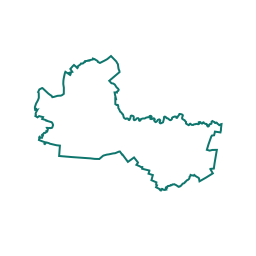 the district of Catalina, Covasna, Romania, rotated 241°
{"feature_id": "2599482B45349138492818", "entity_name": "Catalina", "entity_type": "district", "adm_level": 2, "iso_a3": "ROU", "parent_name": "Romania", "parent_adm1": "Covasna", "projection": "albers", "projection_center": [26.117, 45.937], "detail": "fine", "context": "isolated", "style": "outline", "palette": "teal", "viewbox_px": 256, "rotation_deg": 241, "n_neighbors": 0, "source": "geoboundaries", "source_scale": "gbopen_adm2", "svg_char_len": 5816}
<svg xmlns="http://www.w3.org/2000/svg" viewBox="0 0 256 256"><g transform="rotate(241 128 128)"><path d="M199.2,148.0L198.3,143.3L198.3,140.3L198.5,135.0L199.3,134.5L200.2,133.8L200.5,133.7L201.0,133.9L202.1,133.5L203.8,132.4L204.3,132.3L205.7,131.0L205.0,130.5L206.2,126.5L205.8,126.5L207.3,122.9L206.6,122.4L206.8,121.0L206.5,120.7L206.3,120.4L206.4,119.6L207.2,118.1L206.9,117.6L206.7,117.4L206.2,113.5L205.2,113.4L205.0,112.7L206.0,112.5L209.3,111.3L208.9,109.7L207.6,106.2L204.1,106.5L204.7,103.7L203.4,104.3L202.5,103.4L202.4,103.1L204.9,101.9L207.5,100.5L206.6,99.4L204.7,97.7L202.5,95.8L200.5,94.3L197.8,92.7L194.3,91.4L189.0,88.4L188.7,86.2L188.9,84.9L189.9,82.9L190.4,81.7L190.5,81.1L191.2,77.9L191.7,77.2L191.7,76.8L193.3,76.7L195.0,75.8L196.8,75.0L204.2,72.6L204.2,72.4L204.6,72.1L204.7,69.2L203.0,66.8L202.5,67.0L201.5,66.7L198.1,64.9L197.5,64.5L196.2,63.0L195.1,61.4L194.3,60.0L193.7,59.2L191.4,56.7L190.1,56.0L188.8,55.6L188.7,56.1L189.1,56.9L189.1,57.1L188.4,57.1L187.8,56.6L187.5,56.8L187.5,57.1L186.3,55.2L185.9,54.7L185.0,53.9L184.0,53.8L183.4,52.8L181.2,54.0L181.5,56.0L178.7,59.0L177.5,57.3L175.4,59.4L173.8,60.6L173.7,60.4L170.1,64.0L168.8,64.2L166.9,63.9L165.5,62.4L165.1,61.8L165.1,61.3L165.6,59.9L166.3,59.1L166.4,58.8L166.3,58.3L166.4,58.0L167.2,57.6L167.4,57.2L166.2,57.2L165.6,57.1L165.3,56.9L164.2,55.7L164.8,55.1L164.1,54.6L164.0,53.8L163.8,53.5L163.8,53.4L164.1,53.1L164.4,52.2L164.0,51.5L163.7,49.5L163.6,49.3L162.7,49.9L161.2,48.0L161.7,47.7L161.7,47.0L163.2,46.4L162.9,45.8L161.8,45.3L160.7,44.3L158.0,46.5L155.3,48.9L154.7,47.3L154.3,47.5L154.7,48.7L155.1,49.4L153.2,51.4L152.2,52.0L149.3,55.2L147.5,57.2L145.6,59.9L136.9,54.2L129.6,65.1L119.6,80.5L117.2,83.8L114.8,87.9L115.7,92.2L115.8,93.1L115.0,96.5L114.2,98.6L113.0,102.6L112.2,104.5L111.7,108.8L111.4,109.5L107.4,110.0L107.4,110.3L98.4,111.5L99.3,119.0L93.0,120.0L92.8,119.8L91.7,117.5L88.8,119.7L87.0,120.8L86.9,121.2L87.0,121.5L86.9,121.6L85.5,120.6L80.4,126.1L80.2,126.0L78.1,123.8L74.8,126.9L71.0,123.2L66.7,126.5L65.1,125.3L64.5,125.1L63.8,125.6L62.6,123.8L58.9,126.3L58.8,125.9L57.8,126.1L57.4,126.5L57.7,126.9L58.1,127.4L58.1,127.5L57.8,127.7L57.7,127.9L58.2,128.3L58.0,128.6L57.1,128.9L56.3,129.6L56.2,130.2L55.9,130.4L56.0,131.0L55.6,131.7L56.4,132.0L56.5,131.6L56.9,131.7L57.6,132.3L57.7,132.6L57.6,132.9L57.3,132.9L57.2,133.2L57.0,133.4L57.7,133.8L57.7,134.1L57.9,134.5L57.8,135.0L57.5,135.5L57.5,135.8L57.4,135.9L57.3,136.4L57.1,136.8L57.4,137.6L57.0,138.0L56.8,138.4L57.1,139.5L56.7,140.2L56.4,141.2L56.2,141.4L55.7,141.6L55.2,142.1L52.8,143.4L52.1,143.6L52.0,143.9L52.1,144.2L52.1,144.5L51.7,144.8L51.8,146.2L52.8,148.9L52.5,150.3L52.7,151.1L53.0,151.5L53.0,152.2L53.2,152.4L53.5,153.6L53.7,154.2L53.6,155.4L53.8,156.5L54.1,157.0L54.4,157.4L55.0,158.0L55.4,158.1L56.0,159.4L56.6,160.0L55.7,160.7L55.2,161.6L54.6,162.2L54.7,162.3L54.6,162.7L54.8,163.2L53.0,163.9L50.1,165.6L49.2,165.6L48.0,165.1L46.7,164.7L46.8,172.1L47.2,180.2L52.2,180.1L52.3,180.2L50.9,183.4L55.3,186.7L65.8,195.1L67.9,191.2L68.6,188.5L70.7,186.4L74.7,190.5L80.1,196.6L80.7,197.7L79.9,199.8L82.7,202.3L79.3,206.7L81.0,208.2L82.5,209.1L86.1,211.7L86.3,211.0L86.1,209.9L86.1,209.4L86.2,209.2L87.3,208.9L88.4,208.3L89.2,208.3L89.7,208.1L90.0,207.8L90.0,206.8L90.3,206.5L91.4,206.4L92.2,205.7L93.1,205.3L93.1,204.7L93.0,204.2L91.4,203.1L91.3,202.2L91.7,201.4L91.6,201.1L91.4,200.5L90.6,199.8L90.4,199.2L90.5,198.7L90.8,198.5L91.6,198.4L92.0,198.4L92.5,198.8L93.5,198.6L93.7,198.0L94.5,197.4L95.6,196.8L96.3,196.8L96.4,196.1L96.1,195.8L95.9,195.3L95.9,195.0L96.0,194.8L96.8,194.2L97.9,194.2L98.2,194.0L98.7,193.0L98.7,192.6L97.4,192.3L97.1,191.9L97.1,191.7L97.4,191.1L98.6,189.6L98.7,188.6L99.2,187.7L99.1,186.8L99.1,186.4L100.0,185.1L101.5,184.6L101.6,184.4L101.6,184.0L101.1,183.0L101.1,182.4L103.5,181.0L104.1,181.0L105.2,181.7L106.5,181.3L107.3,181.3L108.7,180.4L109.9,179.9L110.6,180.2L111.0,180.5L112.3,182.0L113.1,182.1L114.0,181.5L114.6,180.7L115.1,180.3L115.3,179.8L115.2,179.5L114.5,178.7L114.3,178.2L114.1,177.5L113.2,176.2L113.1,175.7L113.4,175.3L114.6,175.5L115.3,174.6L115.5,174.1L115.5,173.2L115.7,172.4L115.6,171.7L115.4,171.4L114.4,170.5L114.2,169.6L114.2,169.1L114.5,168.6L114.8,168.4L117.0,167.5L117.4,167.3L117.8,166.6L118.2,166.4L119.5,166.3L119.8,166.0L120.2,165.5L120.2,165.1L120.0,164.8L118.3,163.6L116.1,161.5L116.0,161.2L116.2,158.9L116.5,158.5L116.7,158.4L117.6,158.3L118.1,158.8L118.6,159.6L118.9,159.8L119.3,159.9L120.2,159.7L120.4,159.4L120.6,158.3L120.6,158.0L120.0,157.0L119.7,155.6L119.7,155.1L120.1,154.8L121.7,154.5L122.0,154.6L122.4,155.4L122.6,155.6L123.4,155.6L123.7,155.4L124.0,155.2L124.1,154.1L124.6,152.5L125.1,152.0L125.4,152.1L125.8,152.3L125.9,153.7L126.3,154.1L127.0,154.1L127.6,153.7L127.8,153.4L127.9,153.0L127.9,152.6L127.4,151.8L127.4,151.3L127.9,150.3L128.1,149.4L128.3,148.8L128.2,147.6L128.4,146.8L129.1,145.7L129.5,143.8L129.4,143.5L128.8,142.8L128.6,142.1L128.6,141.8L128.8,141.5L129.3,141.4L130.4,141.9L130.8,141.9L131.7,141.6L132.1,140.7L132.0,140.1L131.6,138.9L131.6,137.7L131.9,137.2L132.6,137.1L133.3,137.4L134.7,138.3L135.4,138.5L136.1,138.2L137.1,137.2L137.2,136.9L137.2,136.3L135.5,134.8L135.1,134.3L134.9,133.8L134.5,133.4L134.4,132.9L134.8,132.5L136.1,132.5L136.5,132.2L137.0,131.5L137.0,130.5L137.9,129.8L138.6,129.5L139.6,129.5L142.3,130.2L143.0,129.8L143.8,129.8L145.2,129.5L145.7,129.2L146.4,129.1L148.7,129.3L150.0,129.2L150.8,129.5L151.6,130.0L153.1,130.3L153.3,130.1L153.5,129.3L153.6,129.2L155.0,128.5L159.4,130.9L158.8,131.1L158.8,131.5L163.2,132.7L165.6,133.5L165.1,134.5L164.4,135.5L165.1,135.9L165.3,137.6L166.0,138.4L167.1,138.4L169.2,137.7L172.4,137.5L173.8,136.8L174.3,136.4L174.7,135.7L175.3,135.2L178.4,134.5L181.0,147.7L182.3,148.2L183.8,148.3L184.9,148.6L188.7,150.1L189.4,150.0L191.9,150.0L199.2,148.0Z" fill="none" stroke="#0f766e" stroke-width="2"/></g></svg>